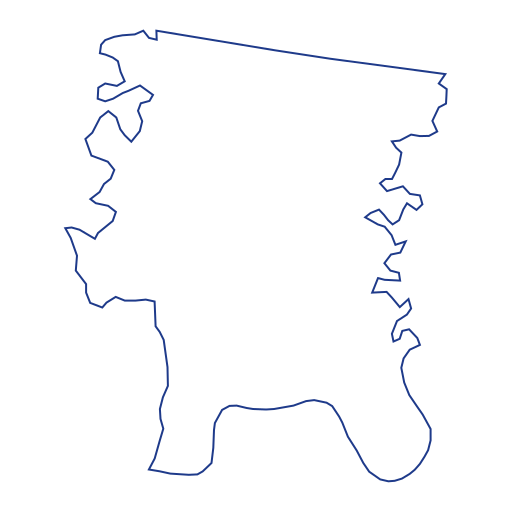 the district of Boa Vista da Aparecida, Paraná, Brazil
{"feature_id": "56859067B44765348514460", "entity_name": "Boa Vista da Aparecida", "entity_type": "district", "adm_level": 2, "iso_a3": "BRA", "parent_name": "Brazil", "parent_adm1": "Paraná", "projection": "natural_earth1", "projection_center": [-53.421, -25.443], "detail": "fine", "context": "isolated", "style": "outline", "palette": "blue", "viewbox_px": 512, "rotation_deg": 0, "n_neighbors": 0, "source": "geoboundaries", "source_scale": "gbopen_adm2", "svg_char_len": 2356}
<svg xmlns="http://www.w3.org/2000/svg" viewBox="0 0 512 512"><path d="M445.3,74.1L330.0,58.7L275.0,50.3L156.4,30.7L156.7,39.7L149.0,37.9L143.3,30.7L134.8,34.4L122.5,35.3L114.3,36.8L105.2,40.1L101.1,44.7L99.9,53.2L105.5,54.6L112.7,57.5L117.9,61.2L120.6,71.9L124.7,81.3L116.9,85.9L105.2,83.5L98.3,87.7L97.7,98.7L105.2,101.3L113.1,98.7L122.8,93.0L128.5,90.8L140.0,85.5L153.0,94.9L149.5,100.9L140.8,103.3L138.0,110.8L142.2,121.2L139.8,131.1L131.3,141.7L124.7,135.2L120.3,129.3L116.3,117.5L108.3,111.1L100.2,117.5L92.3,132.7L85.4,139.0L91.4,155.6L107.8,161.7L114.3,169.9L110.7,178.7L104.0,184.0L99.6,192.0L90.4,199.1L95.8,203.2L108.1,205.8L115.9,211.9L112.7,221.0L98.0,233.0L94.9,238.8L79.5,229.7L71.6,227.5L65.3,228.2L70.7,237.9L77.0,255.7L75.8,270.6L86.1,284.1L86.1,292.6L90.2,302.9L102.3,307.5L106.5,302.6L115.7,296.9L124.8,300.6L135.4,300.6L145.8,299.6L154.6,301.5L155.6,326.3L159.7,331.9L163.7,339.9L167.5,367.1L167.9,385.9L162.9,397.3L159.9,409.0L160.5,418.9L163.3,428.7L159.7,440.8L154.7,458.5L148.9,469.5L159.7,471.3L170.3,473.6L188.8,474.8L197.4,474.4L202.7,471.4L211.5,463.0L213.3,447.9L214.0,429.9L214.9,423.0L222.1,409.9L229.5,405.9L236.6,405.6L246.7,408.0L253.0,409.0L266.2,409.5L274.1,409.0L293.5,405.6L306.1,401.1L314.2,400.1L326.6,402.7L332.2,406.1L339.1,416.5L342.3,422.6L347.9,436.7L356.7,450.5L363.3,463.0L369.2,471.7L380.2,479.4L388.4,481.3L394.7,480.8L401.9,478.6L409.7,473.9L414.7,469.8L419.9,463.9L424.5,456.7L428.1,450.2L430.6,440.4L430.6,429.0L422.7,414.6L417.0,406.4L409.3,395.1L404.2,382.5L401.3,367.8L403.6,358.4L409.7,349.7L419.9,344.9L417.3,338.0L409.1,329.3L402.3,330.9L399.7,338.8L393.5,341.5L391.9,333.8L397.0,321.0L406.9,314.6L411.1,308.5L408.5,299.1L399.8,307.1L391.9,297.6L386.6,291.9L372.2,292.6L378.0,278.1L384.6,279.8L400.1,280.6L398.9,272.8L390.4,270.6L384.4,263.2L391.0,254.5L400.3,252.6L405.7,241.4L395.4,244.8L391.6,235.2L384.7,226.7L377.8,224.4L365.2,217.3L370.6,213.0L379.0,209.6L384.0,214.9L388.1,220.2L392.6,224.4L399.1,220.2L403.3,209.4L407.0,203.3L416.5,209.9L422.4,204.3L419.9,195.4L409.9,193.9L402.9,186.3L387.0,191.1L380.0,183.3L385.4,179.0L392.0,179.0L395.1,173.0L399.1,164.6L401.4,152.6L396.1,147.7L391.9,141.4L399.7,140.6L411.1,134.6L419.9,136.1L429.0,135.9L437.2,131.5L432.4,120.9L438.8,107.4L446.0,103.6L446.4,96.3L446.7,89.1L438.8,83.5L445.3,74.1Z" fill="none" stroke="#1e3a8a" stroke-width="2"/></svg>